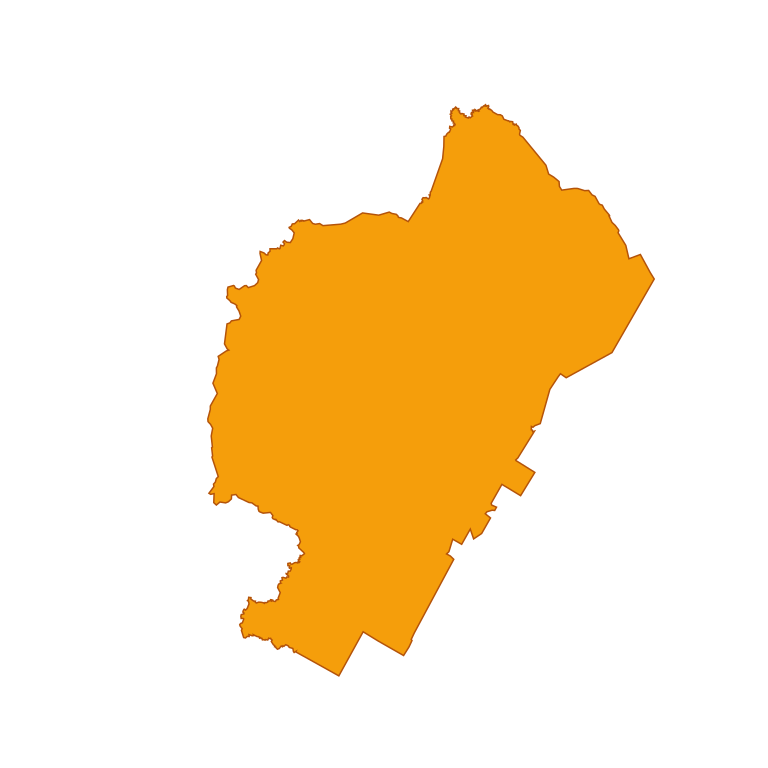 outline of Drustu pag., Raunas, Latvia, rotated 128°
{"feature_id": "27541924B75967933450312", "entity_name": "Drustu pag.", "entity_type": "district", "adm_level": 2, "iso_a3": "LVA", "parent_name": "Latvia", "parent_adm1": "Raunas", "projection": "orthographic", "projection_center": [25.916, 57.238], "detail": "fine", "context": "isolated", "style": "filled", "palette": "amber", "viewbox_px": 768, "rotation_deg": 128, "n_neighbors": 0, "source": "geoboundaries", "source_scale": "gbopen_adm2", "svg_char_len": 6158}
<svg xmlns="http://www.w3.org/2000/svg" viewBox="0 0 768 768"><g transform="rotate(128 384 384)"><path d="M649.4,288.5L641.8,239.9L592.1,247.9L590.1,230.2L585.9,201.4L575.9,202.4L568.9,204.0L568.5,205.3L561.4,206.9L479.2,221.1L478.7,225.8L479.4,230.1L476.2,229.6L464.0,234.3L462.5,224.1L445.2,226.7L450.9,218.0L441.7,215.0L424.0,217.6L423.9,224.3L421.3,224.2L416.9,221.1L415.5,218.9L411.8,219.5L413.1,224.6L412.0,226.1L390.5,229.3L387.9,207.6L360.8,210.7L363.1,232.8L362.8,233.5L359.9,233.0L328.5,236.4L330.0,237.5L329.0,238.7L329.4,239.8L326.7,241.7L326.4,240.0L324.0,239.5L319.0,236.5L286.1,250.0L271.2,251.2L267.3,251.3L266.9,244.3L218.9,223.7L134.9,235.7L132.2,243.0L124.1,261.7L134.5,268.1L125.9,278.8L120.7,292.7L118.7,293.3L118.1,294.2L116.7,299.4L116.3,303.8L113.0,310.2L112.5,309.9L112.1,310.8L110.5,318.2L108.7,322.1L109.5,324.3L109.5,325.6L106.2,333.2L106.9,336.5L105.5,341.9L108.1,344.9L110.7,351.8L112.8,354.6L121.8,363.3L120.3,367.4L116.7,370.7L116.5,377.6L117.2,383.5L111.9,391.1L104.0,426.5L104.3,430.0L103.7,431.0L100.2,432.7L100.0,434.5L98.9,435.5L98.3,437.1L98.4,438.7L97.8,439.9L99.7,440.6L99.7,441.5L99.2,441.8L99.8,442.2L98.1,444.1L99.2,446.0L99.9,446.2L99.8,447.8L100.2,448.1L101.6,452.5L99.9,455.8L100.2,458.1L101.8,460.3L102.6,465.5L102.1,467.5L102.2,470.1L102.8,470.2L102.8,472.0L101.1,472.1L100.2,473.1L101.7,474.3L101.9,475.2L101.4,475.9L102.8,476.3L102.8,475.6L103.5,476.7L105.7,476.9L105.9,477.7L108.0,477.4L109.9,478.5L110.3,477.1L111.0,477.4L111.2,478.9L112.3,479.6L111.6,480.5L111.7,481.2L112.6,480.5L113.4,481.3L112.9,482.0L113.8,482.8L115.0,480.7L116.1,482.2L117.0,482.0L117.8,481.4L117.9,480.8L117.3,480.5L118.2,479.9L118.3,479.2L121.2,480.0L121.2,481.4L122.5,481.3L123.5,484.2L122.2,484.5L123.3,486.3L122.0,487.1L122.7,488.8L123.8,489.7L123.5,490.1L123.8,490.6L123.5,491.9L122.3,492.4L122.8,493.7L121.0,494.7L122.2,496.3L121.6,497.1L122.4,497.5L122.0,498.1L124.6,498.2L124.5,498.9L125.2,499.1L125.9,498.3L127.5,498.5L127.6,499.3L128.4,498.7L128.0,498.3L128.8,498.0L128.9,497.3L130.6,497.9L131.2,495.9L132.2,496.1L133.9,494.6L133.4,493.7L134.8,492.5L134.1,491.0L135.7,490.2L135.2,489.2L135.7,487.8L136.8,487.5L137.1,488.5L137.9,488.0L139.4,488.4L140.5,490.8L142.1,489.8L141.9,488.6L142.6,488.2L145.4,487.5L145.9,488.1L148.5,488.4L150.6,487.9L152.0,489.1L160.0,483.1L170.4,476.5L203.2,465.5L204.3,465.6L206.7,463.9L207.2,464.7L208.1,463.3L210.1,462.7L210.8,462.9L211.1,465.7L211.9,466.1L213.1,467.9L215.1,467.8L215.9,466.2L217.3,466.3L217.1,465.6L218.8,465.9L219.5,466.8L241.1,464.9L242.4,472.5L243.8,475.2L243.0,476.5L242.7,478.7L244.8,482.9L245.3,485.7L254.2,492.1L262.4,506.2L281.0,513.6L284.7,516.5L296.8,529.6L297.2,533.5L300.4,536.5L301.4,539.1L300.3,543.9L305.0,547.5L304.8,547.9L305.7,548.8L305.5,549.3L306.4,549.5L306.2,550.2L307.8,550.4L307.4,552.3L312.7,553.1L314.3,554.8L316.9,554.2L319.0,555.2L319.5,554.4L319.3,551.6L320.2,547.8L325.6,545.3L330.2,544.9L332.2,548.0L332.2,550.7L334.1,551.0L334.5,550.7L334.6,548.9L335.6,548.4L337.2,548.4L338.2,550.8L341.3,549.4L342.0,549.8L342.3,551.6L343.5,551.8L347.6,557.1L349.6,555.5L352.1,556.0L353.8,555.0L354.8,556.4L354.6,559.3L355.8,563.2L357.4,562.1L362.1,556.5L373.1,554.8L375.0,552.8L376.5,552.7L378.9,547.2L381.9,545.9L386.2,546.6L391.6,550.3L391.2,553.1L392.4,554.4L398.7,556.4L399.9,560.2L398.9,562.2L399.0,563.2L403.7,566.6L406.1,565.5L410.6,561.7L411.9,561.8L413.0,560.8L413.2,556.9L413.8,554.8L412.8,551.0L412.8,548.2L414.0,547.7L415.8,543.1L418.7,538.7L422.3,537.9L428.2,543.1L430.8,543.1L433.3,544.7L450.6,534.4L452.9,529.1L452.9,527.2L455.0,528.6L464.3,531.7L466.2,529.1L472.5,526.3L474.5,526.0L479.1,522.3L488.7,519.3L494.1,509.5L508.3,507.3L511.0,505.2L519.9,501.4L522.0,499.5L522.6,495.8L524.3,491.8L531.4,488.1L539.3,480.4L540.3,480.6L546.3,474.7L547.5,474.6L559.0,457.6L561.8,457.9L565.2,456.5L567.9,456.7L569.5,454.9L577.9,454.7L577.7,452.7L575.0,450.4L582.3,445.1L582.6,441.6L578.0,440.6L575.2,435.6L572.6,434.1L568.5,433.5L565.4,435.7L562.2,432.6L563.1,428.8L560.5,417.4L559.0,415.0L558.8,409.7L557.8,408.1L560.2,405.9L561.3,404.1L561.2,403.0L560.2,399.7L555.1,394.4L556.1,390.6L558.1,389.8L558.5,388.5L557.8,385.8L557.3,385.8L557.9,382.6L556.9,381.5L555.1,373.4L553.8,372.8L553.6,371.4L554.3,370.5L554.3,369.4L553.1,363.7L552.3,362.7L552.6,361.3L554.8,361.3L555.4,360.3L556.4,360.9L556.7,357.8L557.4,356.2L559.8,352.7L562.9,352.0L564.3,352.6L564.4,351.4L565.6,350.2L566.2,343.3L566.7,342.2L569.9,343.0L570.7,344.5L571.5,344.1L571.7,343.0L572.1,342.8L573.0,343.8L573.6,343.7L574.2,342.4L575.3,343.3L576.2,342.0L576.0,340.9L576.9,340.9L577.2,341.1L576.9,342.3L578.2,342.0L578.8,343.5L580.0,344.5L582.7,345.5L583.2,346.6L582.7,347.7L584.6,349.3L586.3,347.9L585.4,346.3L587.2,345.6L587.3,344.9L585.9,343.9L586.9,343.2L589.2,342.7L590.4,344.2L592.8,343.1L593.6,344.4L594.0,343.8L594.0,341.0L594.9,340.4L595.9,341.8L597.4,341.7L598.5,344.5L599.4,345.2L601.1,343.3L603.0,344.5L604.5,343.2L604.4,342.6L606.5,343.8L607.9,343.5L609.9,342.5L612.3,337.3L617.9,335.6L618.7,334.5L620.4,335.9L622.2,335.7L623.0,336.9L623.2,337.8L622.9,338.3L624.0,338.8L623.1,339.5L623.8,340.6L624.7,340.0L626.5,341.8L627.5,341.3L628.9,342.2L629.5,343.3L630.5,343.2L630.6,344.3L631.6,346.4L633.1,348.5L635.2,349.8L635.1,351.2L634.3,351.6L635.3,353.1L635.4,356.6L634.2,357.3L635.4,359.3L637.3,358.1L638.8,358.2L638.6,357.1L640.4,355.0L645.2,353.6L647.4,353.9L647.4,355.4L647.7,355.6L649.5,355.3L650.6,354.8L650.6,353.5L651.4,352.9L653.6,354.5L655.2,353.8L656.7,352.2L655.5,350.8L655.4,350.1L656.1,349.6L659.4,348.6L661.1,349.6L662.5,349.5L663.4,348.2L664.2,345.1L665.9,344.7L670.2,338.5L669.4,336.8L667.1,336.4L666.0,334.8L664.6,336.1L663.6,332.9L662.6,331.9L662.0,332.7L661.2,328.7L660.2,326.9L660.9,325.6L659.8,325.1L660.2,324.2L659.6,323.5L660.5,322.3L659.3,321.1L659.1,320.0L658.2,319.9L657.3,318.0L655.3,318.4L654.8,316.9L654.2,316.7L654.7,315.6L654.7,314.5L656.3,314.3L657.6,310.6L657.5,309.0L658.4,308.5L657.9,307.5L658.3,307.0L658.6,304.7L657.0,303.7L653.9,303.7L653.6,303.4L653.7,302.4L652.5,302.5L652.4,301.4L649.9,300.9L649.3,298.2L649.9,296.5L648.5,293.0L650.6,290.6L650.9,289.5L648.7,288.7L649.4,288.5Z" fill="#f59e0b" stroke="#b45309" stroke-width="1.5"/></g></svg>